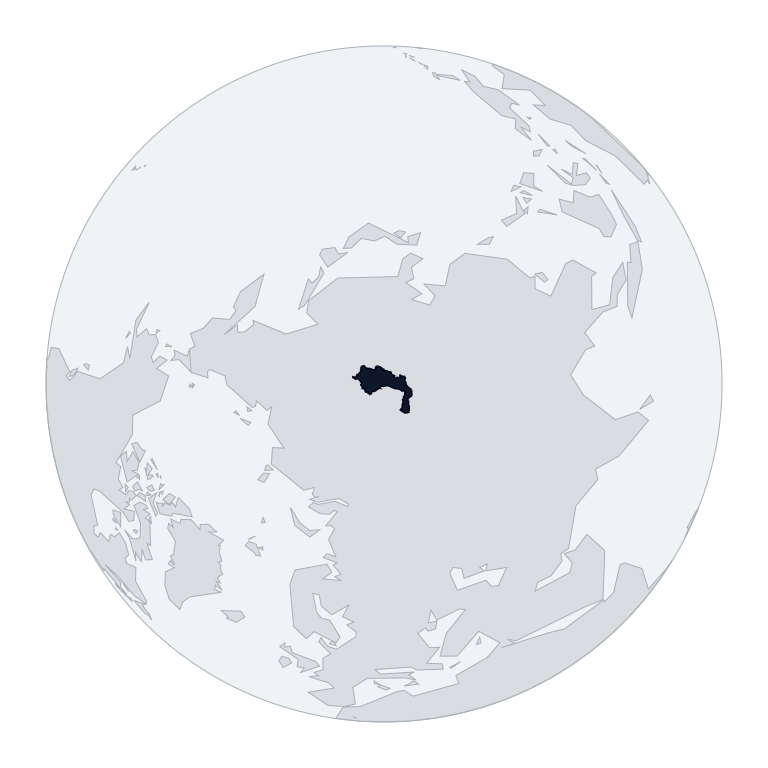 the Earth from above Buryat, rotated 237°
{"feature_id": "RUS-2606", "entity_name": "Buryat", "entity_type": "Republic", "adm_level": 1, "iso_a3": "RUS", "parent_name": "Russia", "parent_adm1": "", "projection": "orthographic", "projection_center": [108.984, 53.605], "detail": "fine", "context": "on_globe", "style": "filled", "palette": "ink", "viewbox_px": 768, "rotation_deg": 237, "n_neighbors": 0, "source": "natural_earth", "source_scale": "10m", "svg_char_len": 17534}
<svg xmlns="http://www.w3.org/2000/svg" viewBox="0 0 768 768"><g transform="rotate(237 384 384)"><circle cx="384" cy="384" r="338" fill="#eef3f6" stroke="#a8b0b8"/><path d="M577.5,106.9L582.6,111.4L581.3,109.7L590.0,116.1L587.0,113.8L588.7,117.1L595.8,125.0L590.8,130.6L565.5,127.1L564.2,122.0L558.3,122.4L559.5,129.1L561.8,133.5L543.1,148.7L543.6,177.0L555.0,189.3L543.7,184.6L572.8,210.9L580.3,231.4L564.9,206.4L558.0,202.5L559.7,215.1L553.0,213.9L549.9,219.6L541.7,217.3L533.4,203.6L527.9,202.1L529.4,211.2L522.2,215.1L520.8,201.9L508.0,207.7L491.7,187.3L494.7,156.3L478.8,145.7L463.8,116.3L458.3,118.3L449.1,109.4L439.4,108.6L439.4,104.0L431.6,107.4L433.5,111.8L430.7,115.0L425.1,115.1L424.1,109.0L426.8,108.1L423.6,106.4L425.5,103.4L421.4,105.0L420.8,98.0L413.1,105.2L405.8,99.8L407.7,95.2L418.2,95.4L448.8,87.2L454.0,83.7L450.6,78.0L421.7,67.0L422.9,63.7L416.7,59.4L411.1,60.9L413.9,65.0L401.9,67.4L406.8,72.8L402.7,74.8L403.4,81.1L391.7,80.6L379.9,77.0L378.7,72.0L373.5,70.5L365.3,76.0L354.0,68.3L330.8,66.4L329.2,64.7L342.8,59.1L366.6,56.4L384.4,51.7L361.1,55.5L357.4,52.3L351.8,52.3L345.2,53.3L342.0,55.0L338.3,54.4L359.9,49.7L363.6,50.1L356.7,51.4L367.9,50.4L382.4,48.4L379.4,47.5L404.5,47.2L402.7,46.8L407.1,46.9L408.4,47.4L407.0,46.9L432.9,49.6L458.6,54.4L483.9,61.2L508.5,69.9L532.4,80.4L555.5,92.8L577.5,106.9ZM702.3,295.1L699.7,291.6L700.7,289.3L702.3,295.1ZM698.5,292.6L699.4,293.1L698.7,293.3L698.5,292.6ZM698.3,294.8L698.5,293.2L698.6,295.5L698.3,294.8ZM698.4,298.4L698.2,296.2L698.4,296.7L698.4,298.4ZM697.5,302.4L697.1,303.3L696.7,300.9L697.5,302.4ZM563.9,135.9L560.3,129.4L561.6,124.1L565.4,129.4L563.9,135.9ZM560.4,147.3L556.8,143.6L563.7,142.6L563.6,145.0L560.4,147.3ZM564.6,198.8L562.9,192.2L566.9,199.1L564.6,198.8ZM550.9,220.8L553.5,223.2L550.8,225.1L550.9,220.8ZM409.7,81.0L406.6,81.0L408.1,79.8L409.7,81.0ZM413.0,83.8L417.0,82.5L419.1,83.6L416.6,84.4L413.0,83.8ZM535.8,223.7L530.7,226.5L534.5,221.2L535.8,223.7ZM407.6,85.3L422.4,85.9L426.0,88.1L419.6,93.2L407.6,85.3ZM526.7,226.5L514.4,234.1L519.1,239.7L498.7,228.6L516.0,225.5L519.9,218.0L521.6,224.2L526.7,226.5ZM436.5,113.2L434.2,108.5L441.2,112.4L436.5,113.2ZM441.7,115.1L467.2,123.8L467.8,131.3L459.1,126.6L463.9,136.6L451.6,135.9L446.2,130.3L448.3,125.5L442.0,129.0L441.7,115.1ZM489.4,221.6L485.2,221.6L488.0,219.0L489.4,221.6ZM430.1,116.6L435.2,117.5L436.1,123.9L426.0,123.3L428.9,121.4L430.1,116.6ZM471.2,139.8L470.0,144.8L459.8,145.5L457.9,147.6L451.4,136.6L471.2,139.8ZM425.9,120.0L420.8,122.9L415.4,120.1L425.2,116.2L425.9,120.0ZM440.5,126.0L440.4,129.1L437.2,127.1L440.5,126.0ZM393.1,112.5L399.2,113.0L400.2,116.3L393.1,112.5ZM419.3,124.2L421.2,125.2L422.3,126.7L417.9,128.1L419.3,124.2ZM444.6,138.0L440.5,137.4L446.7,142.5L439.3,143.6L436.2,136.2L434.4,139.8L432.1,140.2L432.2,133.8L444.6,138.0ZM416.6,134.1L410.2,125.6L398.6,123.6L397.5,120.5L416.3,124.2L416.6,134.1ZM425.8,134.4L419.8,133.4L421.4,129.8L426.4,128.3L425.8,134.4ZM435.3,147.1L447.5,147.4L447.8,149.0L435.3,147.1ZM412.9,134.1L414.6,136.2L411.9,134.4L412.9,134.1ZM428.1,143.8L432.4,143.6L432.5,145.5L428.1,143.8ZM414.2,140.7L412.2,137.9L415.5,136.7L414.2,140.7ZM420.3,142.7L419.5,145.4L417.9,137.9L422.2,142.3L420.3,142.7ZM427.5,145.6L429.0,146.7L425.7,145.5L427.5,145.6ZM402.7,147.3L400.0,138.3L407.4,135.5L409.0,144.5L402.7,147.3ZM129.8,161.4L135.3,173.8L126.4,188.3L119.0,226.8L116.3,233.8L106.3,238.5L92.1,283.4L100.4,285.5L98.3,321.4L103.8,340.4L125.0,328.8L116.0,297.1L125.2,282.8L141.0,300.5L150.4,329.2L154.3,324.6L157.3,299.8L168.7,300.3L159.4,290.9L156.4,299.2L150.5,293.8L153.0,286.0L156.9,286.2L156.6,276.5L138.0,278.6L132.9,287.3L126.6,267.6L117.5,280.5L112.6,278.4L126.1,256.0L131.8,252.5L149.4,221.1L142.8,222.7L125.8,252.8L127.0,246.3L118.0,249.8L125.8,242.0L146.2,209.7L146.6,192.7L131.2,185.6L134.8,175.5L145.0,161.9L166.7,152.7L156.2,176.6L163.7,174.6L179.5,161.6L175.0,170.3L180.2,168.2L177.6,177.3L187.3,183.4L186.7,192.3L203.5,188.9L205.5,193.2L195.0,193.8L187.4,199.4L187.4,222.8L191.3,225.6L202.2,221.7L200.8,229.1L211.4,222.4L217.8,234.2L218.9,214.5L231.7,210.5L242.7,214.9L247.1,210.3L229.3,203.3L222.0,203.8L215.5,209.8L195.8,209.4L193.0,202.8L214.3,190.6L212.6,180.2L229.9,176.1L267.4,196.1L276.4,208.2L263.9,238.0L254.4,237.6L254.1,226.4L242.4,241.1L249.1,237.8L247.9,244.2L259.9,242.8L259.7,247.3L271.6,238.5L272.7,243.9L265.1,249.4L283.8,252.9L289.6,263.7L293.9,262.4L296.9,257.9L302.2,275.2L305.1,273.5L304.6,267.1L310.1,259.8L321.9,253.8L323.1,260.1L319.0,263.1L312.1,279.2L301.0,286.8L302.7,288.9L312.6,283.8L321.0,264.0L327.8,258.7L325.1,268.3L326.6,264.4L330.4,263.7L335.2,269.2L338.6,258.9L378.2,245.9L391.4,255.8L384.7,265.2L413.5,264.9L426.2,277.5L425.6,271.4L439.1,268.0L435.3,263.9L436.0,260.8L468.9,251.9L477.5,255.1L491.0,245.7L490.7,242.8L485.1,239.7L498.7,228.6L519.1,239.7L518.8,245.8L531.8,249.2L529.1,262.7L532.8,276.0L522.2,289.8L526.1,299.6L530.8,299.9L539.6,314.0L541.5,343.1L519.3,318.1L512.4,277.1L513.4,293.3L507.0,289.5L503.6,295.4L504.8,307.3L508.8,308.7L479.2,329.1L470.0,361.3L485.6,357.9L494.9,366.1L498.0,403.0L466.6,454.0L478.7,468.0L479.1,477.8L467.9,484.8L467.0,470.7L456.1,466.3L457.3,457.6L439.0,465.1L439.9,453.1L425.2,465.4L430.3,474.8L446.0,472.1L432.9,488.8L448.3,504.2L449.5,523.0L421.5,555.3L393.9,564.0L392.1,569.3L381.5,562.5L366.8,571.9L386.0,602.0L385.2,609.8L361.7,622.4L361.3,616.8L333.2,598.9L327.5,616.4L348.7,633.9L356.0,650.5L339.4,643.7L332.1,628.5L322.2,621.7L325.2,606.6L317.8,580.3L301.1,581.4L302.8,571.3L290.0,545.5L266.2,545.2L228.1,558.6L222.2,581.7L209.4,586.0L195.6,541.8L197.4,515.0L187.4,511.4L177.4,478.7L145.5,449.2L145.5,439.9L138.5,436.8L132.2,419.6L133.9,404.9L128.0,398.0L124.6,437.0L131.4,444.5L143.5,442.8L140.7,453.9L147.4,472.4L123.9,478.4L84.0,450.2L87.7,430.7L96.8,354.4L100.8,350.9L101.2,350.3L101.8,348.9L94.8,353.1L98.9,339.0L85.8,386.3L80.3,401.8L83.3,450.5L81.1,450.4L84.4,463.4L104.1,483.7L102.5,488.9L88.6,499.8L68.0,494.0L75.1,519.4L79.6,530.6L69.7,508.0L61.5,484.8L55.0,461.0L50.2,436.8L47.3,412.3L46.1,387.7L46.7,363.0L49.2,338.5L53.4,314.2L59.4,290.2L67.1,266.8L76.5,244.0L87.5,221.9L100.1,200.7L114.2,180.5L129.8,161.4ZM121.8,176.7L118.9,179.1L121.8,176.7ZM152.6,370.2L163.3,386.9L172.0,367.6L176.9,372.6L178.0,364.5L172.6,366.2L177.4,345.3L186.9,348.8L192.5,341.9L189.2,336.0L171.0,333.2L163.9,362.6L155.7,363.9L152.6,370.2ZM356.1,52.6L354.3,52.9L347.6,53.6L350.7,52.7L356.1,52.6ZM317.7,61.7L312.5,60.6L318.4,60.5L321.8,58.6L338.5,56.6L329.2,63.8L330.4,60.7L317.7,61.7ZM358.1,56.7L348.6,56.7L359.4,56.5L358.1,56.7ZM211.2,150.0L205.9,154.9L200.4,154.6L201.2,145.0L209.2,145.1L211.2,150.0ZM199.7,162.1L220.6,153.6L220.9,159.8L217.2,157.6L215.3,162.6L208.8,160.6L188.7,175.4L182.5,176.3L187.4,157.1L189.2,162.6L194.3,157.2L199.7,162.1ZM273.4,126.4L282.5,124.3L271.4,140.2L264.3,140.5L264.6,130.4L273.3,124.3L273.4,126.4ZM393.5,94.8L397.7,94.0L398.0,95.5L394.6,97.5L393.5,94.8ZM395.9,112.4L375.5,100.2L379.3,98.5L362.9,94.1L366.4,88.2L376.9,91.1L367.3,83.7L378.2,83.9L370.6,79.5L393.6,86.7L403.0,87.1L391.2,88.8L387.7,94.1L389.1,96.5L399.8,104.0L418.4,108.2L417.9,114.7L412.6,118.2L408.1,118.1L409.8,113.8L402.5,116.9L401.6,110.7L395.9,112.4ZM351.1,163.1L355.1,156.7L340.2,164.5L339.2,157.2L337.6,158.6L332.5,154.2L323.6,151.4L324.7,147.9L320.7,148.4L317.3,145.7L312.3,145.3L312.5,139.1L306.3,138.2L309.9,135.8L299.2,136.0L307.3,133.2L303.7,129.9L297.8,134.4L311.3,105.0L310.7,95.8L305.9,90.1L320.4,86.7L334.2,90.4L345.6,98.4L344.1,108.0L350.9,105.1L352.2,109.0L346.2,109.7L356.1,111.1L355.6,114.6L365.8,123.4L380.4,123.9L384.5,127.5L378.5,129.1L386.8,131.5L378.2,137.1L381.0,139.9L375.3,148.4L362.1,150.3L366.2,153.3L362.1,160.3L351.1,163.1ZM400.7,149.6L385.3,152.9L377.1,150.7L390.4,136.8L389.1,133.6L397.4,125.2L409.0,128.7L405.6,130.7L405.0,133.5L401.6,131.3L403.9,135.2L399.2,138.2L399.7,142.1L394.5,142.0L400.7,149.6ZM119.8,236.3L119.0,240.9L119.0,247.0L113.4,249.6L119.8,236.3ZM133.3,214.0L133.5,217.2L125.5,223.2L126.5,218.7L133.3,214.0ZM140.4,214.1L134.1,216.9L138.0,212.7L140.4,214.1ZM195.8,196.7L196.8,200.1L194.3,201.7L190.6,201.3L195.8,196.7ZM306.9,186.8L310.5,182.9L312.4,183.7L324.0,179.5L325.7,184.9L319.3,189.5L306.9,186.8ZM119.6,326.5L114.0,324.4L114.9,319.8L116.6,321.4L119.6,326.5ZM110.5,285.1L109.4,296.8L109.0,285.7L110.5,285.1ZM310.7,191.9L315.2,189.5L313.3,193.7L310.7,191.9ZM327.5,188.7L326.3,193.4L327.2,185.1L327.5,188.7ZM92.3,554.7L91.0,552.3L97.2,561.0L98.4,559.7L106.0,573.8L108.8,580.1L92.3,554.7ZM441.8,681.5L452.0,681.0L451.6,681.7L441.8,681.5ZM431.1,679.9L442.8,679.0L429.0,681.7L431.1,679.9ZM447.4,678.6L459.3,675.6L464.5,673.6L463.5,675.3L447.4,678.6ZM423.1,680.4L379.9,680.6L362.8,677.4L366.8,674.8L394.4,676.7L423.1,680.4ZM365.4,674.6L339.5,663.1L304.4,627.9L316.9,631.1L353.7,654.5L351.3,657.2L367.1,666.0L365.4,674.6ZM428.5,658.7L426.0,667.3L402.1,667.3L391.3,665.9L383.8,654.5L388.0,648.8L396.9,649.2L431.5,627.1L443.6,631.6L432.9,641.4L442.7,648.7L428.5,658.7ZM223.4,584.6L229.8,601.4L222.9,600.6L223.4,584.6ZM445.7,610.0L431.6,621.2L444.5,606.7L445.7,610.0ZM453.4,596.0L454.2,601.4L448.6,596.7L453.4,596.0ZM391.6,577.4L382.2,578.3L382.0,574.1L394.0,570.5L391.6,577.4ZM450.2,538.4L449.8,551.4L447.9,555.9L443.8,548.5L450.2,538.4ZM331.5,238.3L313.5,237.8L301.7,241.8L296.7,250.7L296.0,238.4L314.2,232.1L331.5,238.3ZM372.3,244.1L376.5,236.9L379.8,240.5L379.3,242.7L372.3,244.1ZM371.2,239.4L366.7,229.8L372.4,226.1L374.8,234.4L371.2,239.4ZM338.0,209.8L332.5,209.1L334.3,205.6L338.0,209.8ZM507.3,698.6L505.6,699.2L493.5,703.3L427.5,719.1L413.4,720.4L417.9,719.4L407.0,715.8L411.7,715.7L409.9,711.1L449.5,702.2L478.1,685.8L499.1,681.7L515.5,667.7L536.7,661.3L529.7,671.0L550.9,666.6L567.4,643.9L578.1,653.5L592.0,648.1L593.2,649.4L573.2,664.0L552.1,677.1L530.1,688.7L507.3,698.6ZM647.2,595.9L645.8,597.6L644.1,599.3L646.6,596.5L648.8,593.9L647.2,595.9ZM660.3,576.6L661.4,575.7L660.2,577.4L660.3,576.6ZM659.3,577.7L661.3,574.5L660.7,576.0L659.3,577.7ZM648.1,583.5L649.8,580.9L650.5,580.9L648.1,583.5ZM467.1,678.8L481.5,670.8L489.3,668.7L467.1,678.8ZM645.9,583.8L641.6,587.6L642.2,586.2L645.9,583.8ZM646.4,581.2L646.0,580.2L648.4,581.1L646.4,581.2ZM638.4,585.2L643.5,583.3L637.8,586.0L638.4,585.2ZM635.2,588.2L631.4,590.1L631.7,589.4L635.2,588.2ZM590.6,620.4L605.0,620.4L593.0,627.6L579.7,629.4L568.7,639.9L544.2,649.5L550.0,643.9L546.8,639.8L521.1,646.2L515.9,643.9L525.2,638.7L508.0,640.3L526.8,633.2L534.4,638.8L544.9,629.0L563.0,623.5L580.3,618.2L593.9,616.4L590.6,620.4ZM526.7,650.3L529.9,649.3L527.0,652.4L526.7,650.3ZM624.2,591.7L629.7,591.0L629.0,592.4L626.2,593.9L624.2,591.7ZM597.1,613.4L611.9,598.4L615.3,596.3L605.5,609.3L597.1,613.4ZM608.4,596.5L615.2,593.1L618.7,594.3L617.3,596.2L608.4,596.5ZM488.4,653.2L487.6,655.5L482.7,654.8L488.4,653.2ZM494.7,650.6L509.5,649.4L493.4,652.7L494.7,650.6ZM449.6,650.0L454.0,655.0L467.8,649.7L457.2,656.1L466.5,663.2L463.3,666.7L454.1,659.0L450.8,668.7L444.6,669.2L441.4,661.5L447.6,650.6L453.7,645.5L478.6,640.1L449.6,650.0ZM494.7,644.1L490.7,638.5L493.7,633.5L497.9,636.1L494.7,644.1ZM479.0,624.2L468.5,617.4L459.1,621.9L478.2,607.1L485.1,616.2L479.0,624.2ZM470.0,606.7L461.2,611.0L470.3,602.5L470.0,606.7ZM458.9,608.3L457.8,602.1L464.8,602.1L458.9,608.3ZM474.7,606.3L476.3,595.4L479.9,601.2L474.7,606.3ZM454.7,588.0L469.9,596.8L450.2,594.6L449.2,572.9L457.5,571.6L454.7,588.0ZM499.8,484.7L497.6,477.7L505.1,474.4L504.5,480.1L499.8,484.7ZM527.4,458.7L506.4,471.2L489.1,481.6L494.6,484.0L491.1,497.2L482.6,487.0L494.4,470.8L507.5,465.3L509.1,454.0L518.5,444.2L515.8,430.9L519.8,423.8L526.3,434.4L527.4,458.7ZM514.1,425.4L512.8,400.6L527.1,400.3L530.6,405.7L525.2,417.1L517.9,416.5L514.1,425.4ZM516.7,394.7L509.7,394.1L493.1,360.0L493.2,352.9L513.3,377.8L507.8,378.7L509.4,387.4L516.7,394.7ZM486.7,224.8L485.3,221.9L488.9,223.7L486.7,224.8ZM433.6,258.7L435.3,254.8L439.4,256.7L433.6,258.7ZM442.1,245.2L436.2,245.7L441.9,242.5L442.1,245.2ZM423.2,247.5L433.6,244.6L424.3,251.2L423.2,247.5Z" fill="#d9dde1" stroke="#a8b0b8" stroke-width="1"/><path d="M351.3,393.0L351.0,392.8L350.4,392.0L349.0,391.5L348.8,391.1L348.0,390.6L347.8,390.2L347.8,389.8L347.4,389.7L347.5,389.4L347.4,389.2L347.2,389.1L346.9,389.2L347.1,388.6L347.0,388.3L347.3,388.1L347.4,387.8L347.7,387.8L347.8,387.7L347.7,387.5L347.7,387.3L348.2,387.0L348.4,386.2L348.1,386.2L348.5,385.5L349.3,386.0L349.6,385.4L349.9,385.2L350.1,385.0L350.0,384.8L350.1,384.6L350.7,384.7L351.3,384.7L351.6,384.4L352.0,384.3L351.9,384.0L352.0,383.8L352.7,383.8L353.1,383.7L353.4,383.5L353.5,383.5L353.5,383.9L353.8,384.4L353.8,384.6L353.6,384.8L353.7,385.1L354.1,385.7L354.4,386.2L355.0,386.8L355.1,387.1L355.7,387.3L356.0,387.7L356.3,387.9L356.6,388.2L357.1,388.4L357.2,388.7L357.9,389.4L357.8,389.7L358.0,389.8L358.6,390.3L358.5,390.5L358.7,390.9L359.0,391.0L359.2,390.7L359.5,390.7L360.0,391.0L360.3,390.8L360.5,391.0L360.8,391.1L360.8,391.5L361.0,391.8L361.5,392.5L362.0,393.1L362.5,393.3L362.6,393.5L363.0,393.7L363.0,393.9L362.9,394.2L362.9,394.6L362.8,394.9L363.0,395.2L363.0,395.5L363.2,396.0L364.2,395.8L364.6,395.9L365.0,396.3L364.9,397.9L365.4,397.7L365.6,397.4L366.0,397.4L366.4,397.1L367.4,397.0L367.9,397.3L368.1,396.9L368.1,396.5L368.0,396.3L368.1,395.2L369.9,394.7L371.2,394.0L372.3,393.0L373.2,391.9L374.0,390.7L380.7,386.3L382.0,382.9L384.2,378.8L382.9,378.4L382.5,378.5L382.8,378.2L382.9,377.9L383.0,377.7L383.1,376.6L383.0,376.4L383.3,376.2L383.1,375.9L383.0,375.4L383.2,375.2L383.3,374.8L383.3,374.6L383.3,374.4L383.1,374.3L383.0,374.1L382.9,374.0L382.9,373.4L382.8,373.1L383.0,372.7L383.0,372.4L383.0,372.2L383.3,372.1L383.4,371.5L383.4,371.2L383.6,370.7L384.0,370.2L384.7,370.4L384.9,370.2L384.8,369.9L384.6,370.0L384.4,369.8L384.0,369.6L384.0,369.4L383.8,369.3L383.8,369.0L383.5,368.5L382.7,368.2L382.6,367.8L382.7,367.7L382.9,367.4L382.9,367.2L383.1,366.9L383.2,366.7L383.1,366.4L383.8,366.4L384.0,366.1L384.4,366.0L384.5,365.9L384.7,366.0L385.1,365.9L385.4,365.5L385.8,365.5L386.2,365.8L386.5,365.7L386.9,365.2L386.9,364.6L387.0,364.4L387.2,364.2L387.5,364.1L388.0,364.4L388.4,364.3L388.8,364.6L389.0,364.6L389.0,364.8L389.4,364.9L389.7,364.7L390.1,364.9L390.5,364.7L391.0,365.0L391.3,364.6L391.7,364.4L391.6,364.1L391.7,363.8L391.9,363.2L392.3,363.2L392.4,363.3L392.5,363.8L392.8,363.9L393.1,364.3L393.4,364.1L394.1,364.1L394.5,364.5L395.2,364.5L395.5,364.1L395.8,363.9L396.1,364.1L396.0,364.5L396.2,365.1L396.6,365.3L396.7,365.5L398.2,365.8L398.7,365.4L399.6,365.8L399.8,366.1L400.0,366.2L400.3,366.1L400.3,365.9L400.5,365.7L400.7,365.3L401.2,365.2L401.7,365.3L401.9,365.2L402.2,365.1L402.7,365.0L402.9,364.6L402.9,364.2L403.4,363.2L403.5,362.5L404.7,362.5L405.2,362.2L405.4,362.2L405.9,361.5L406.8,361.4L407.1,361.9L406.9,362.0L406.6,362.4L405.8,362.8L405.6,363.2L405.3,363.4L405.2,363.6L405.3,364.4L405.2,364.7L404.8,364.9L404.9,365.2L405.7,365.3L405.7,365.8L406.2,366.1L405.8,366.3L405.9,366.9L406.2,367.5L406.4,367.7L406.3,367.9L406.3,368.2L406.3,368.4L406.4,368.7L406.7,368.9L406.8,369.1L406.8,369.3L406.7,369.6L406.8,370.1L406.7,370.5L407.0,370.7L406.9,370.9L407.0,371.1L407.0,371.4L407.3,371.8L407.2,372.1L407.3,372.3L407.7,372.1L407.9,372.4L408.7,372.1L409.0,372.5L409.1,372.9L410.0,373.5L410.4,373.7L410.3,373.9L410.5,374.0L410.4,374.2L410.6,374.3L410.7,374.9L410.8,375.0L410.9,375.3L410.7,375.5L410.8,375.8L410.5,376.2L410.5,376.4L410.5,376.5L410.4,376.7L410.3,377.0L409.8,377.1L409.7,377.4L408.6,377.3L406.7,378.0L406.4,378.3L406.4,378.5L405.3,379.5L405.3,379.8L404.9,380.2L404.9,380.4L404.7,380.7L404.3,380.9L404.0,381.0L403.9,381.1L403.5,381.3L403.2,381.8L402.7,381.9L402.6,382.2L402.2,382.4L401.8,382.5L401.4,382.6L401.5,382.8L401.4,382.9L400.8,383.2L400.8,383.3L401.2,383.8L401.2,384.0L401.0,384.3L401.1,384.7L401.4,384.9L401.5,385.1L401.5,385.3L401.6,385.6L401.8,385.5L402.0,385.7L402.4,385.8L402.2,386.5L402.4,386.5L402.6,386.3L402.9,386.5L402.8,386.8L402.9,387.0L402.6,387.1L402.7,387.4L402.6,387.6L402.7,387.9L402.3,388.7L401.8,389.1L401.6,389.2L401.0,389.5L400.5,390.3L400.3,390.1L400.0,390.2L399.4,390.2L398.9,390.5L398.2,391.1L397.3,391.2L397.1,391.0L396.8,391.1L396.7,391.3L396.7,391.7L396.4,391.9L395.9,391.7L395.6,391.8L395.5,391.4L395.1,391.6L394.9,391.9L394.7,392.1L394.5,392.5L394.2,392.7L393.9,393.2L393.5,393.7L393.0,394.0L391.6,394.6L391.4,394.7L391.4,395.0L391.2,395.0L390.8,395.4L390.9,395.8L390.6,395.9L390.2,396.3L389.7,396.4L389.3,396.2L389.2,395.9L387.9,395.7L387.6,395.8L386.4,396.7L385.7,396.9L385.4,397.3L385.3,397.1L385.0,397.2L384.3,396.4L384.1,396.7L383.8,396.8L383.3,396.7L383.1,396.7L382.7,396.4L382.4,396.6L382.3,396.9L382.2,397.0L382.1,397.4L381.7,397.8L382.4,398.4L382.5,398.7L382.2,399.0L381.6,399.1L381.3,400.3L380.6,400.8L381.0,401.3L381.9,401.7L382.1,401.8L382.4,402.1L382.8,402.1L382.8,402.3L382.6,402.6L382.0,402.5L381.5,402.9L381.1,402.8L380.8,403.4L380.6,403.2L380.3,403.3L380.0,404.0L379.9,404.1L379.6,404.0L379.4,404.3L379.4,404.6L379.5,404.7L379.5,405.0L379.3,405.4L377.9,405.3L377.6,405.1L377.2,405.1L376.7,404.7L376.4,404.0L375.7,403.4L375.2,403.2L374.4,403.1L373.6,403.3L373.3,403.1L373.0,403.1L372.9,402.8L372.7,402.7L372.0,402.5L371.4,402.5L370.3,402.1L370.0,402.2L369.4,402.6L368.7,402.5L368.2,402.7L367.8,402.7L367.5,402.9L366.8,402.9L365.9,403.6L365.6,403.8L365.3,403.8L364.4,403.4L363.9,403.7L363.7,403.7L363.1,403.3L362.6,403.3L362.4,403.1L362.3,402.6L361.2,402.5L360.6,402.0L360.1,401.8L359.8,401.2L359.0,400.8L358.9,400.4L359.0,400.2L359.2,399.9L358.8,399.3L358.8,399.2L359.0,398.7L358.9,398.5L359.0,398.3L358.7,397.6L358.8,396.7L359.0,396.4L358.5,395.9L358.3,395.8L358.0,395.6L357.7,395.6L357.4,395.3L356.7,395.1L356.0,395.2L355.7,394.8L355.2,394.7L353.2,393.2L351.3,393.0Z" fill="#0f172a" stroke="#020617" stroke-width="1.5"/></g></svg>